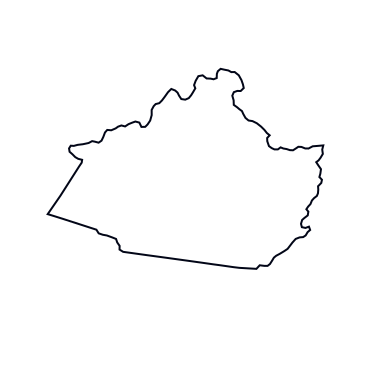 Bom Jardim, Rio de Janeiro, Brazil, rotated 332°
{"feature_id": "56859067B55012007485674", "entity_name": "Bom Jardim", "entity_type": "district", "adm_level": 2, "iso_a3": "BRA", "parent_name": "Brazil", "parent_adm1": "Rio de Janeiro", "projection": "albers", "projection_center": [-42.342, -22.206], "detail": "fine", "context": "isolated", "style": "outline", "palette": "ink", "viewbox_px": 384, "rotation_deg": 332, "n_neighbors": 0, "source": "geoboundaries", "source_scale": "gbopen_adm2", "svg_char_len": 2265}
<svg xmlns="http://www.w3.org/2000/svg" viewBox="0 0 384 384"><g transform="rotate(332 192 192)"><path d="M275.1,96.7L271.5,97.5L269.4,99.4L267.3,103.0L264.0,102.6L261.6,100.6L258.2,98.6L256.2,94.0L252.0,92.7L247.5,95.5L244.0,98.6L243.6,102.0L239.4,104.6L236.6,106.2L233.2,107.6L229.4,107.3L226.2,104.9L225.8,100.9L225.9,97.5L224.8,94.5L222.1,91.3L217.7,92.6L212.5,95.2L208.4,97.1L204.8,98.2L201.2,97.3L198.5,98.2L194.9,100.6L192.5,105.2L188.6,109.3L184.5,111.5L181.3,112.5L177.9,110.8L178.1,106.0L175.1,103.2L171.7,102.7L167.8,102.3L163.7,102.7L160.9,100.1L157.4,99.6L154.5,100.0L149.7,99.6L146.3,97.4L143.1,98.6L139.6,101.7L136.2,104.2L132.7,104.6L129.9,102.0L127.7,100.2L123.7,100.2L118.1,98.6L113.2,96.7L109.3,95.8L106.7,94.2L103.9,95.8L102.8,99.0L104.1,102.4L105.3,106.4L107.1,109.3L110.1,112.0L108.4,114.3L104.4,116.4L74.1,133.5L54.2,143.8L58.4,148.0L64.9,154.6L89.9,180.4L90.2,184.7L93.2,187.9L96.4,190.4L100.1,194.5L102.9,197.8L102.3,201.4L102.8,205.6L101.0,208.8L103.1,212.5L122.0,226.2L135.5,235.9L158.9,252.8L164.4,256.8L166.9,258.6L176.9,265.9L181.8,269.4L193.6,278.0L198.2,281.2L212.8,290.1L217.4,288.5L221.1,291.1L224.1,292.7L227.0,292.2L230.7,290.1L233.5,288.4L236.4,287.8L240.4,287.8L245.7,287.5L249.7,287.1L253.0,285.6L256.9,283.8L261.5,282.1L265.7,282.6L269.0,284.0L272.0,283.7L275.3,281.7L278.5,281.0L279.0,277.5L275.3,277.0L272.5,274.6L273.3,271.3L276.1,268.4L279.0,267.7L283.2,267.0L285.5,264.0L284.9,260.9L287.7,259.4L290.9,258.3L293.9,255.8L296.9,254.7L300.4,254.1L302.6,252.3L304.6,249.2L306.0,246.1L310.4,244.7L312.5,242.2L311.5,238.6L313.9,236.1L316.6,232.4L316.0,227.4L315.7,224.0L318.6,223.5L321.6,222.1L325.4,219.8L326.9,215.7L329.8,212.5L324.6,210.3L320.0,208.3L315.3,208.3L312.4,206.7L309.8,203.6L307.1,202.0L304.3,202.3L300.8,202.6L298.1,201.0L295.7,198.5L293.1,196.5L291.2,194.2L287.8,194.7L284.8,193.1L283.0,190.7L281.5,187.6L282.3,182.5L283.7,179.6L287.2,178.4L285.8,175.1L285.1,171.2L283.7,166.7L281.5,161.7L278.7,157.8L275.5,155.4L274.0,151.7L273.9,147.2L274.1,144.0L272.7,141.1L271.6,138.3L269.8,134.7L271.8,130.6L272.8,125.9L275.8,123.5L279.4,124.0L282.4,125.7L286.5,124.5L287.5,120.9L288.2,116.4L288.1,110.9L286.0,106.1L283.0,104.6L281.2,101.8L277.9,99.1L275.1,96.7Z" fill="none" stroke="#020617" stroke-width="2"/></g></svg>